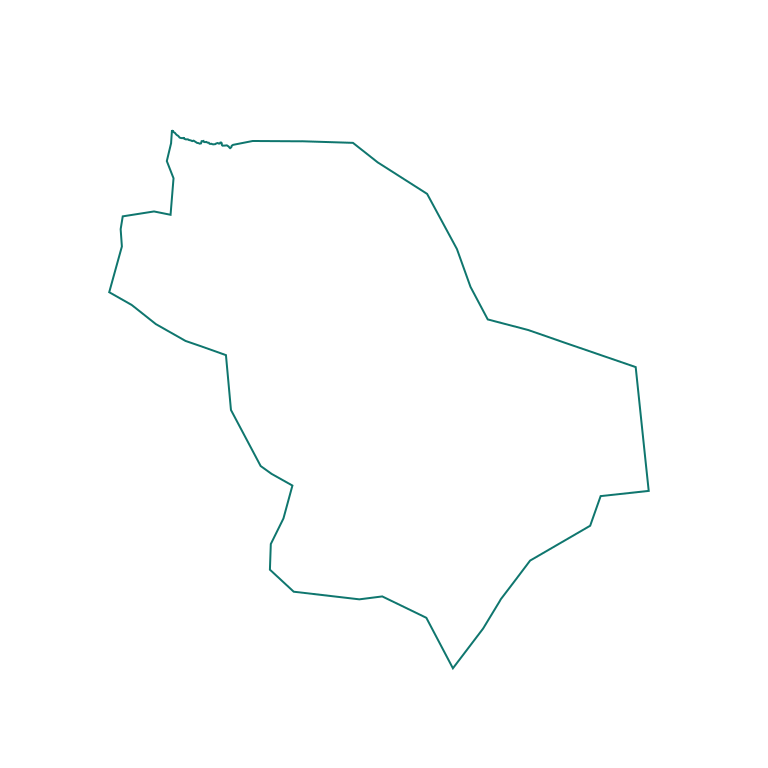 the district of Batcengel, Arhangay, Mongolia, rotated 78°
{"feature_id": "93677404B51676367507043", "entity_name": "Batcengel", "entity_type": "district", "adm_level": 2, "iso_a3": "MNG", "parent_name": "Mongolia", "parent_adm1": "Arhangay", "projection": "equal_earth", "projection_center": [101.548, 47.88], "detail": "fine", "context": "isolated", "style": "outline", "palette": "teal", "viewbox_px": 768, "rotation_deg": 78, "n_neighbors": 0, "source": "geoboundaries", "source_scale": "gbopen_adm2", "svg_char_len": 1928}
<svg xmlns="http://www.w3.org/2000/svg" viewBox="0 0 768 768"><g transform="rotate(78 384 384)"><path d="M543.6,147.3L514.8,144.3L419.8,134.3L381.7,197.8L361.5,231.2L361.4,231.3L342.4,269.1L307.0,279.2L267.2,284.6L207.0,302.3L165.9,344.1L141.7,364.2L141.6,364.5L129.4,414.2L129.4,414.5L119.0,461.9L118.7,481.9L119.3,483.4L120.7,484.2L121.0,484.8L121.3,485.5L120.8,485.9L119.4,486.6L117.9,488.1L117.7,490.0L117.3,492.4L116.7,492.8L116.1,492.8L115.4,493.0L115.1,492.7L114.3,492.8L114.0,493.0L113.9,493.3L113.8,493.8L114.1,494.1L114.6,495.4L114.2,495.9L114.0,496.2L113.7,496.7L113.8,497.3L113.8,498.1L114.3,499.0L114.1,501.2L113.7,502.1L113.5,502.4L113.1,503.0L113.1,503.6L112.9,504.3L112.7,504.7L111.6,505.2L111.2,506.5L110.3,507.4L110.2,508.9L109.9,509.5L109.5,510.1L108.7,510.1L108.7,510.6L108.8,511.3L108.6,511.9L110.6,513.0L110.6,514.3L109.8,515.4L109.3,516.7L106.4,519.6L106.4,520.2L106.6,520.7L106.4,521.3L106.1,521.6L106.0,521.8L105.8,522.0L105.6,522.3L105.5,522.5L105.3,522.9L105.2,523.1L105.1,523.3L104.9,523.8L104.7,524.2L104.4,524.4L104.3,524.6L103.9,525.0L103.8,525.4L103.8,525.8L103.7,526.1L103.6,526.4L103.5,526.9L103.4,527.2L103.3,527.3L103.2,527.5L102.9,527.9L102.6,528.4L102.2,528.4L101.8,528.4L101.6,529.0L101.6,530.2L101.3,531.1L100.8,532.2L100.3,532.8L99.2,533.3L98.3,533.9L97.7,534.6L96.8,535.3L96.1,535.7L95.3,536.1L94.8,536.4L94.6,536.6L94.1,537.2L93.6,537.7L92.7,537.7L92.5,538.4L91.6,538.6L103.8,542.1L104.0,542.1L120.8,550.1L139.0,547.1L174.1,557.6L167.4,573.1L165.7,604.7L177.8,609.4L195.0,611.8L237.1,633.7L254.3,614.3L277.5,595.1L277.9,594.8L300.6,569.2L308.4,556.2L322.9,532.6L377.6,539.1L438.6,521.7L448.5,512.7L464.3,494.7L494.6,510.3L517.0,528.0L541.9,534.2L568.4,515.5L589.5,452.9L591.4,430.1L591.4,429.9L621.5,391.2L676.4,375.7L643.9,338.0L643.6,337.7L620.1,315.6L618.9,314.6L604.2,297.5L587.1,277.8L565.5,211.8L538.7,195.4L543.6,147.3Z" fill="none" stroke="#0f766e" stroke-width="2"/></g></svg>